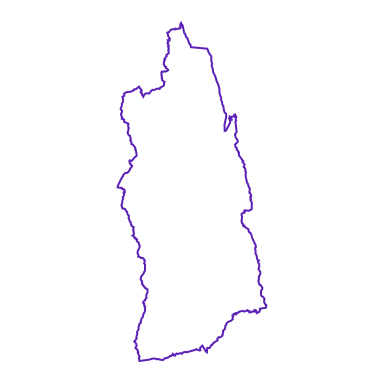 Ambato, Catamarca, Argentina (orthographic projection)
{"feature_id": "61730980B94999737100466", "entity_name": "Ambato", "entity_type": "district", "adm_level": 2, "iso_a3": "ARG", "parent_name": "Argentina", "parent_adm1": "Catamarca", "projection": "orthographic", "projection_center": [-65.964, -27.984], "detail": "fine", "context": "isolated", "style": "outline", "palette": "violet", "viewbox_px": 384, "rotation_deg": 0, "n_neighbors": 0, "source": "geoboundaries", "source_scale": "gbopen_adm2", "svg_char_len": 5999}
<svg xmlns="http://www.w3.org/2000/svg" viewBox="0 0 384 384"><path d="M139.4,361.0L148.9,359.7L152.6,358.6L155.0,358.5L156.6,359.3L158.5,358.9L159.5,359.6L163.0,360.1L165.0,358.1L166.7,358.2L168.0,357.3L168.7,357.3L170.1,355.9L171.1,356.1L172.2,354.8L172.8,355.1L173.1,354.0L174.4,355.4L175.2,355.6L175.6,354.3L176.7,353.5L177.8,354.0L180.5,353.1L181.8,353.8L183.3,352.4L185.5,351.8L186.6,352.3L195.4,349.8L196.2,349.2L199.9,350.6L200.4,350.1L200.1,347.8L202.4,345.6L205.9,351.6L206.9,352.3L207.2,348.0L209.5,348.1L211.5,344.8L212.5,344.7L212.9,343.5L214.2,342.4L217.6,340.4L217.3,338.7L218.6,337.2L220.2,337.4L222.6,335.5L222.4,334.6L223.2,332.9L223.0,330.8L224.9,329.0L225.4,325.7L226.0,325.3L226.5,323.5L228.2,321.8L231.1,320.7L232.8,319.2L232.5,315.7L233.2,315.9L233.6,314.0L234.9,313.5L235.2,314.3L236.0,314.4L236.3,314.3L236.3,313.1L238.5,312.6L238.8,311.8L242.5,310.9L244.3,311.6L247.5,310.2L247.8,310.9L249.3,311.1L249.3,312.3L250.9,312.3L252.3,311.5L254.6,311.5L254.3,310.4L254.5,309.9L256.4,310.7L256.7,313.1L259.0,312.1L260.1,310.2L259.9,308.7L265.8,307.8L266.3,305.7L266.3,305.0L265.4,304.7L264.1,302.0L264.4,298.5L262.9,296.8L261.3,295.8L261.0,294.8L261.0,291.0L262.3,288.9L262.3,287.6L260.5,284.9L259.5,284.8L258.4,281.6L258.9,280.0L258.6,278.9L259.2,277.8L258.8,276.4L259.9,275.0L260.4,273.2L260.2,271.7L258.5,268.9L259.3,266.5L259.1,263.9L258.1,262.5L258.1,261.3L258.7,260.5L257.9,260.4L257.3,259.5L256.4,254.8L255.6,254.2L255.6,251.2L255.1,248.6L255.3,247.5L255.9,247.1L255.7,245.5L251.7,236.8L251.4,234.7L250.4,232.9L248.8,231.8L248.5,229.4L244.5,226.7L244.4,225.7L243.1,225.8L242.9,223.9L242.2,223.5L241.5,221.2L242.1,216.8L241.5,214.9L241.6,213.9L242.9,213.0L244.4,212.8L244.6,211.7L244.1,211.0L244.8,210.3L248.8,210.8L251.7,209.2L251.8,203.0L251.3,201.2L250.6,200.7L250.9,199.6L250.3,198.9L250.8,198.4L250.3,196.9L251.2,196.3L250.9,194.8L250.3,193.4L249.4,192.7L249.8,188.4L248.7,186.8L247.8,183.7L246.8,182.2L246.7,180.4L245.8,177.6L245.6,174.3L246.0,172.4L245.2,171.1L245.6,170.1L244.8,167.9L243.8,167.3L243.7,166.7L244.6,164.8L244.4,164.1L242.7,162.0L242.9,161.5L242.5,161.6L242.6,160.4L238.8,155.1L239.0,152.7L238.3,152.2L238.3,151.1L236.7,149.8L236.8,147.9L235.6,147.2L235.0,144.6L237.8,141.8L237.7,140.5L235.6,137.4L235.4,135.7L235.0,135.2L235.1,134.3L236.6,131.8L235.4,121.6L236.1,120.7L235.7,119.2L236.3,116.9L235.0,114.4L234.2,114.8L234.4,116.7L233.4,116.4L231.6,117.0L229.7,116.4L229.2,118.5L231.5,119.1L231.8,119.8L231.5,120.0L229.9,119.5L230.2,122.5L226.0,130.6L224.7,130.9L224.5,124.6L226.2,116.8L226.2,113.9L224.7,112.5L224.0,110.7L223.3,106.1L222.3,104.5L222.0,101.7L221.1,99.9L221.2,98.3L219.8,94.2L219.3,91.2L219.5,89.4L218.3,84.7L216.6,81.1L215.4,76.7L213.2,72.2L212.6,68.2L211.6,65.4L212.2,64.1L211.3,61.0L211.3,56.3L209.0,53.1L207.3,48.7L191.0,47.2L190.4,44.5L189.4,43.9L187.4,38.2L185.9,36.8L185.5,34.6L184.2,32.9L182.5,25.1L181.4,24.1L181.1,23.0L180.3,24.1L180.2,25.3L180.9,26.2L180.7,27.3L179.7,27.5L179.9,28.4L176.5,29.1L175.3,28.6L174.9,29.4L172.1,29.2L170.4,30.2L169.2,32.0L167.3,32.6L168.4,36.6L169.9,38.7L169.0,39.4L169.4,40.2L167.8,40.2L168.4,42.2L167.6,42.6L167.6,43.6L168.6,45.1L168.2,45.5L168.7,46.5L168.1,47.0L168.8,48.5L168.4,49.4L168.7,50.1L168.3,50.4L168.8,53.1L166.3,55.1L166.7,56.1L164.4,59.0L165.1,59.8L163.9,61.6L164.1,62.3L163.6,63.9L165.2,66.7L165.8,66.8L165.6,67.6L166.0,68.2L167.4,68.9L168.2,70.0L167.3,70.9L165.5,71.6L164.4,71.2L163.5,71.8L161.7,71.7L161.3,73.1L161.7,74.1L161.4,75.2L162.0,76.4L161.6,77.8L162.2,78.5L162.1,80.1L164.6,82.0L163.9,83.0L164.2,83.7L164.0,85.0L163.2,86.0L159.9,87.9L159.7,88.9L157.1,88.6L155.1,89.6L153.5,90.1L152.9,89.8L151.5,90.4L149.3,93.5L146.1,93.3L144.2,94.7L143.3,96.7L142.3,95.2L141.9,93.3L141.1,93.2L140.8,92.6L140.7,91.5L141.7,91.0L141.6,89.9L140.5,89.2L139.1,86.7L135.9,89.1L134.2,89.3L133.8,90.4L132.5,90.7L131.5,91.5L126.1,92.3L124.2,93.6L124.3,95.8L122.5,96.7L123.1,99.3L123.0,101.8L121.9,103.5L121.9,105.6L120.6,108.7L121.0,109.7L122.0,110.5L121.9,112.3L121.0,113.8L121.3,115.7L121.9,116.5L121.8,118.7L122.8,118.6L123.1,119.3L124.0,119.5L124.2,121.9L128.4,123.6L128.0,125.9L128.8,128.3L128.3,129.2L128.3,131.0L127.6,132.3L128.1,134.2L129.0,135.4L130.0,135.8L130.8,139.5L130.2,140.5L131.4,141.7L131.4,144.2L132.8,144.5L135.3,147.8L135.2,149.5L135.8,150.0L136.6,154.6L136.5,156.0L134.7,157.3L132.3,160.3L131.1,161.0L130.0,160.3L129.5,160.5L129.6,162.9L130.9,164.2L130.7,164.7L132.1,165.8L131.3,167.5L130.3,168.3L129.6,170.2L127.5,172.8L125.2,173.0L123.1,175.2L123.0,176.2L121.5,178.3L117.8,185.8L117.7,187.5L120.7,187.8L121.4,188.4L121.8,188.0L123.0,189.3L123.6,189.1L124.6,190.0L124.8,192.0L124.0,191.8L123.5,193.0L124.2,194.1L123.5,196.3L122.7,197.2L123.2,198.5L122.5,199.9L122.1,203.4L121.4,205.1L122.5,208.5L125.0,208.9L126.5,211.5L127.1,211.8L127.5,214.2L128.9,215.8L128.6,218.2L129.2,219.0L129.6,221.2L130.8,222.5L130.9,224.5L131.7,225.3L131.7,226.0L133.7,227.1L133.2,229.4L133.6,230.1L133.2,230.6L134.0,233.6L133.6,234.7L132.5,235.6L134.0,236.6L134.7,238.3L135.5,238.7L135.6,238.2L137.1,239.6L136.7,240.4L137.0,241.3L138.7,242.6L138.7,243.9L139.7,245.4L139.4,247.6L137.7,251.4L137.5,253.2L138.4,254.8L138.2,256.6L139.8,256.9L141.1,258.1L142.6,257.8L144.3,259.5L144.2,260.1L144.9,261.0L144.1,263.4L145.0,264.3L145.0,270.3L143.3,273.9L141.2,276.6L140.6,279.0L141.0,280.0L142.2,281.4L141.9,282.9L142.0,283.8L142.7,284.3L142.6,284.9L144.2,286.6L144.6,287.7L145.2,287.6L146.6,289.1L147.4,289.3L147.7,290.3L147.5,292.2L146.2,295.4L146.4,298.2L145.3,299.2L145.0,300.4L143.6,301.3L143.1,302.9L143.6,303.6L144.3,303.7L144.2,305.6L145.0,306.4L144.7,306.8L145.0,307.4L144.8,308.6L145.1,308.9L144.8,311.7L143.4,314.0L142.9,316.8L141.7,318.2L140.7,321.5L140.9,322.7L139.2,324.1L139.1,325.7L138.6,326.7L138.6,329.3L137.0,332.1L137.3,333.5L136.3,337.3L136.7,338.4L134.3,341.6L135.2,342.2L136.3,344.1L136.7,345.8L135.6,347.3L135.5,348.1L137.3,349.5L137.6,350.8L138.1,351.2L138.3,352.3L137.8,352.8L139.6,356.9L138.8,358.2L139.3,359.4L139.4,361.0Z" fill="none" stroke="#5b21b6" stroke-width="2"/></svg>